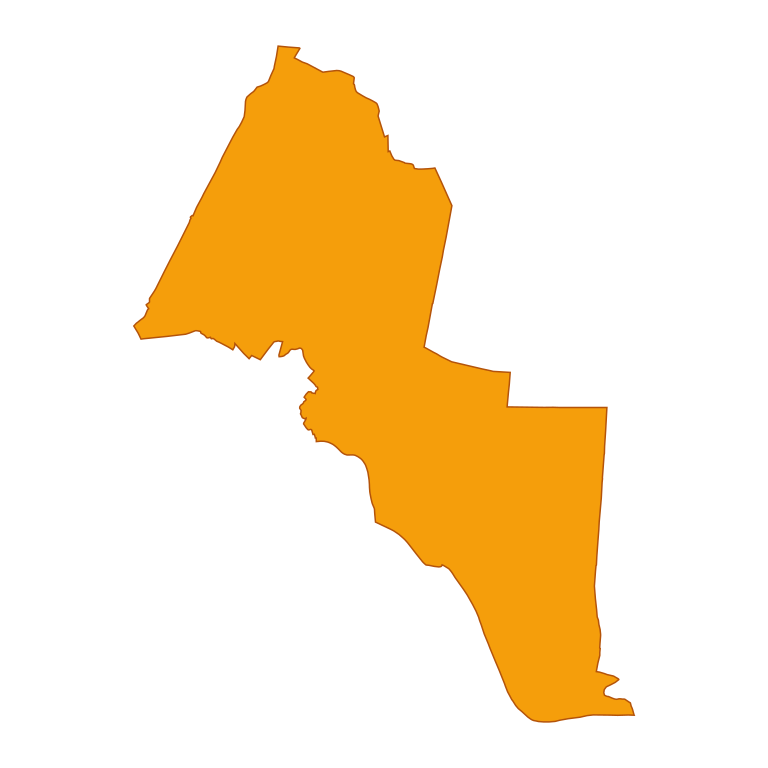 Huyen Cao Lanh, Ðong Tháp, Vietnam
{"feature_id": "81297802B29684412204466", "entity_name": "Huyen Cao Lanh", "entity_type": "district", "adm_level": 2, "iso_a3": "VNM", "parent_name": "Vietnam", "parent_adm1": "Ðong Tháp", "projection": "mercator", "projection_center": [105.693, 10.483], "detail": "fine", "context": "isolated", "style": "filled", "palette": "amber", "viewbox_px": 768, "rotation_deg": 0, "n_neighbors": 0, "source": "geoboundaries", "source_scale": "gbopen_adm2", "svg_char_len": 6032}
<svg xmlns="http://www.w3.org/2000/svg" viewBox="0 0 768 768"><path d="M594.4,586.1L595.5,571.0L596.0,565.6L596.4,565.1L596.8,556.6L597.9,541.4L598.8,529.8L599.2,522.1L601.3,498.1L602.1,482.4L602.5,478.8L602.4,477.7L604.1,454.9L604.4,453.5L604.6,446.1L605.6,431.1L606.9,407.5L559.7,407.5L553.2,407.3L544.3,407.4L507.1,406.9L508.5,391.6L509.3,384.3L510.2,372.4L493.2,371.4L490.4,370.7L482.0,368.9L451.7,361.8L442.3,357.2L440.1,356.0L436.7,353.9L433.7,352.4L426.0,348.1L424.1,347.2L426.2,335.7L428.0,327.6L432.4,303.6L432.8,303.5L436.7,284.6L439.7,269.2L442.3,256.9L443.4,250.4L446.1,237.3L451.9,205.7L441.7,182.8L434.9,168.0L432.4,168.4L427.4,168.8L421.5,169.1L418.3,169.1L414.4,168.5L413.4,165.4L413.0,164.8L412.3,164.3L411.3,163.9L409.4,163.6L406.3,163.3L405.1,163.1L404.7,163.0L404.4,162.6L398.9,160.6L395.1,160.2L393.9,159.3L391.8,155.8L389.8,151.0L388.2,151.6L387.9,135.5L384.5,136.9L378.1,116.1L378.2,115.4L379.2,111.1L378.8,109.3L378.1,106.7L377.2,104.3L376.8,103.6L375.9,102.8L372.4,100.8L369.7,99.4L366.1,97.8L362.2,95.6L357.6,92.8L356.4,91.7L356.0,91.0L355.5,89.8L354.8,87.3L354.5,85.3L354.3,84.6L354.1,84.3L353.6,84.0L353.5,83.7L354.2,78.1L354.2,77.7L353.6,76.8L352.8,76.3L349.1,74.6L344.6,72.7L341.1,71.2L339.2,70.7L336.8,70.5L328.6,71.4L322.9,72.2L307.2,63.8L302.4,62.1L297.6,59.5L294.3,57.9L294.9,56.7L299.9,48.4L299.7,48.1L299.2,47.9L288.6,47.1L278.1,46.1L276.4,56.7L274.4,66.0L274.0,68.6L270.9,75.4L268.8,80.6L268.3,81.6L267.8,82.2L267.2,82.7L266.4,83.2L263.7,84.6L260.4,86.1L257.1,87.1L254.2,90.9L253.0,92.0L250.8,93.6L248.2,95.9L246.9,97.1L246.0,99.3L245.5,101.3L245.0,110.4L244.2,116.6L244.0,117.1L241.7,122.1L239.3,126.5L237.2,129.4L232.8,137.1L222.3,157.3L220.2,162.1L215.1,172.7L203.9,193.4L201.9,197.5L197.3,206.0L196.4,207.8L193.0,215.8L192.2,215.5L190.6,216.8L190.4,217.2L190.4,217.4L191.0,218.2L190.0,220.0L189.3,222.5L177.7,245.7L170.1,260.2L164.1,272.0L155.9,288.5L154.4,291.1L149.8,298.0L149.5,298.6L149.5,299.0L149.5,302.0L149.2,302.5L148.7,302.9L146.2,304.7L146.2,304.9L147.2,306.6L148.7,308.6L148.7,308.8L148.0,309.2L147.4,310.1L145.2,315.4L144.9,316.0L143.9,317.3L142.8,318.3L141.1,319.5L136.2,323.4L133.8,326.0L137.9,332.7L139.2,335.3L141.0,339.1L144.0,338.7L167.0,336.4L185.7,334.2L189.2,333.1L195.1,330.8L195.6,330.7L196.5,330.7L197.4,330.8L200.0,331.3L200.5,331.6L200.7,332.0L200.7,332.7L200.9,333.0L201.4,333.4L203.4,334.5L204.2,335.0L205.3,336.0L206.6,337.6L207.0,337.8L207.6,337.9L208.5,337.8L210.5,337.3L211.1,338.6L211.6,338.8L211.8,338.8L212.7,338.5L213.2,338.5L214.3,339.2L216.7,341.2L219.3,342.3L228.1,346.9L229.6,347.8L232.8,349.8L234.5,346.8L234.7,345.9L234.9,343.5L243.8,353.5L249.1,358.7L251.7,355.5L260.3,359.7L268.3,349.0L273.8,342.1L274.7,341.6L276.8,341.3L277.8,341.0L278.6,341.0L280.1,341.4L282.6,341.6L278.9,355.1L279.1,356.7L280.8,356.6L282.5,356.3L283.7,355.9L284.6,355.4L284.8,355.1L285.8,354.3L287.7,353.2L288.5,352.4L290.1,350.1L290.9,349.5L291.5,349.3L292.4,349.2L294.1,349.4L295.3,349.4L297.7,348.8L299.4,348.1L300.0,348.1L300.9,348.3L301.6,348.8L302.5,350.0L302.7,350.5L303.5,355.9L304.4,358.3L306.4,362.2L308.0,364.7L309.9,367.3L311.5,368.9L313.7,370.4L314.0,370.7L314.1,370.9L314.0,371.2L313.5,371.9L310.1,375.9L308.1,378.1L313.6,383.2L315.1,384.9L315.8,386.1L316.2,386.6L316.5,386.8L317.3,387.0L317.6,387.3L317.8,389.1L317.9,389.4L317.4,389.8L316.8,390.0L316.0,390.7L315.6,391.6L315.4,392.4L315.2,393.5L314.7,393.3L313.4,393.3L311.7,392.8L311.7,392.5L310.9,391.8L309.8,391.9L308.7,391.7L307.6,392.5L307.1,393.2L306.1,394.2L304.1,397.2L306.0,399.2L306.1,399.6L306.0,399.9L305.4,400.6L303.8,401.8L303.6,402.3L303.3,403.1L302.6,403.9L301.4,404.7L300.7,405.3L300.2,406.1L299.8,406.8L299.7,407.4L299.7,408.3L300.9,410.1L301.1,410.6L301.1,410.9L300.9,411.9L300.9,412.9L300.5,413.7L300.6,414.1L301.1,414.9L302.1,417.2L302.3,417.6L302.7,417.9L304.7,418.8L305.3,418.6L306.1,418.1L306.1,418.7L305.5,420.0L303.7,423.1L303.6,423.9L304.0,424.5L306.2,427.8L307.8,429.6L308.3,429.8L308.8,429.9L310.7,429.4L311.3,429.6L311.7,430.0L313.0,434.5L314.3,434.3L315.1,436.8L315.3,438.0L316.2,438.0L316.3,441.6L320.8,441.2L324.1,441.3L325.7,441.6L327.6,442.0L329.5,442.7L332.6,444.2L334.2,445.3L336.2,446.9L338.0,448.6L341.5,452.2L343.3,453.5L344.6,454.2L347.1,455.0L352.9,454.9L354.3,455.1L355.2,455.3L358.0,456.7L360.3,458.3L361.4,459.2L362.5,460.4L363.4,461.6L365.3,464.6L366.0,466.3L366.9,468.9L367.9,472.3L368.7,477.4L369.1,480.1L369.4,484.3L369.5,487.7L369.8,491.7L370.0,493.1L371.0,498.4L372.0,502.6L372.4,503.9L374.3,508.4L374.5,509.6L374.7,513.2L375.5,522.1L390.5,529.2L393.6,530.8L398.8,534.3L401.6,536.7L404.7,539.5L407.5,542.6L416.2,553.8L420.2,558.8L422.6,561.8L424.3,563.5L425.9,564.9L426.2,565.0L428.9,565.3L434.4,566.4L438.7,566.9L439.9,566.8L441.0,566.5L441.6,566.0L442.0,565.4L442.1,564.9L443.6,565.5L448.5,568.5L449.3,569.2L451.1,571.4L452.4,573.2L455.2,577.7L463.4,589.2L467.2,594.9L472.7,604.6L476.0,611.0L478.6,617.1L479.6,620.4L481.4,625.3L484.2,633.9L488.4,644.0L490.1,648.5L495.3,661.1L499.2,670.3L504.6,683.8L505.3,685.9L507.6,691.8L509.8,695.9L511.7,699.5L512.8,700.9L515.7,705.5L518.3,708.6L521.7,711.4L527.8,717.0L530.7,719.1L532.1,719.9L533.6,720.5L536.7,721.1L538.3,721.5L543.4,721.9L549.3,721.9L555.2,721.4L559.9,720.2L568.2,718.7L580.1,717.2L587.1,715.6L593.2,714.9L610.0,715.1L617.7,715.3L628.2,715.0L634.2,715.2L633.9,714.4L632.5,709.3L631.9,707.7L631.2,706.2L630.4,703.0L630.0,702.6L629.1,702.1L624.8,699.2L624.1,699.1L622.4,699.1L621.1,698.9L619.9,698.8L619.0,698.8L616.8,699.3L615.6,699.2L614.3,698.9L612.4,698.2L608.4,696.5L607.8,696.5L606.5,696.2L604.5,695.2L604.4,694.9L603.8,692.7L603.8,692.1L604.1,691.0L604.1,690.4L604.2,689.9L604.5,689.3L606.2,687.0L606.8,686.6L610.6,684.8L615.2,682.4L618.7,679.7L618.8,679.4L618.4,678.9L613.8,676.2L612.9,675.9L607.2,674.6L604.5,673.6L599.5,672.1L596.3,671.6L597.9,663.0L598.6,660.2L599.8,655.4L599.8,652.4L600.2,648.4L599.7,648.0L600.0,643.3L600.6,635.9L600.6,634.2L600.1,629.5L598.9,624.5L598.4,620.2L597.2,616.9L596.6,609.7L595.4,598.8L594.4,586.1Z" fill="#f59e0b" stroke="#b45309" stroke-width="1.5"/></svg>